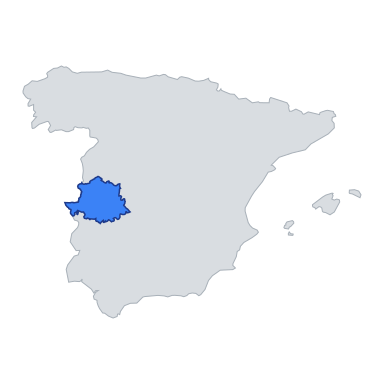 Cáceres on a map of Spain (Mercator projection)
{"feature_id": "ESP-5811", "entity_name": "Cáceres", "entity_type": "Autonomous Community", "adm_level": 1, "iso_a3": "ESP", "parent_name": "Spain", "parent_adm1": "", "projection": "mercator", "projection_center": [-6.162, 39.756], "detail": "fine", "context": "in_parent", "style": "filled", "palette": "blue", "viewbox_px": 384, "rotation_deg": 0, "n_neighbors": 0, "source": "natural_earth", "source_scale": "10m", "svg_char_len": 7965}
<svg xmlns="http://www.w3.org/2000/svg" viewBox="0 0 384 384"><path d="M208.6,78.3L208.6,79.5L210.6,81.7L216.7,83.1L218.2,84.0L217.9,87.1L216.4,89.8L217.7,91.0L219.2,91.0L220.9,88.8L221.3,90.2L224.0,91.5L230.1,94.0L234.3,94.3L238.7,99.1L245.9,98.2L252.3,102.8L258.4,101.8L259.7,102.7L269.1,102.8L269.6,99.0L270.7,97.5L287.0,102.8L289.0,106.0L288.6,107.6L289.5,111.3L291.6,111.2L295.9,109.1L301.4,111.7L302.9,114.0L304.0,114.2L308.2,111.9L319.5,114.6L319.9,112.8L320.7,112.3L325.5,110.7L327.4,110.3L333.4,111.5L334.1,113.7L335.3,114.5L335.8,116.3L332.3,117.4L331.9,120.6L334.1,123.3L334.3,127.9L328.3,133.9L311.0,143.9L305.3,149.8L292.4,152.9L279.1,157.3L271.2,165.2L273.2,165.8L275.6,168.5L274.8,169.7L271.3,171.5L268.2,172.1L262.4,181.7L254.4,191.7L251.5,196.2L245.2,207.7L245.1,211.1L248.2,222.5L250.0,225.5L252.5,228.0L257.2,230.1L258.4,232.2L256.8,234.2L252.0,237.7L243.8,242.5L240.4,246.3L239.6,249.9L237.2,251.5L236.3,256.6L233.0,263.6L232.8,265.4L235.4,268.0L232.8,269.6L220.2,270.2L212.4,275.7L208.5,280.5L205.0,289.5L200.7,294.7L198.8,295.7L195.9,293.4L192.2,293.0L188.6,293.8L186.8,295.6L183.8,296.7L181.0,295.8L174.8,295.3L172.1,295.4L167.8,296.9L164.1,295.9L157.9,295.4L144.5,296.6L142.8,297.1L136.8,303.1L130.3,303.3L124.4,305.7L120.4,311.5L119.7,314.6L118.5,313.9L117.6,314.1L117.1,316.5L113.1,318.0L108.5,316.1L104.7,313.2L102.7,313.0L99.5,308.5L98.1,305.6L97.1,302.5L97.0,300.3L94.1,299.1L93.4,296.2L95.5,292.5L98.3,290.5L95.7,290.6L93.8,293.0L91.4,289.2L81.7,281.7L82.2,279.0L80.5,281.1L79.4,281.6L74.4,281.2L68.7,282.2L66.2,269.4L67.7,264.9L74.2,256.1L78.2,254.9L79.8,250.4L76.1,250.6L70.2,241.8L71.8,233.6L77.6,227.5L78.6,224.9L78.8,222.7L77.7,221.0L74.5,220.1L71.2,213.6L70.4,209.5L67.7,207.2L65.4,203.1L67.5,202.5L75.9,202.5L77.9,201.4L79.4,198.7L81.0,194.2L81.4,191.4L78.1,187.5L78.0,186.7L78.4,185.4L83.5,181.0L82.5,177.7L83.3,170.8L82.9,166.7L82.3,163.4L80.6,159.1L81.7,157.3L84.4,155.8L86.5,152.3L89.6,149.3L93.7,146.9L98.4,141.7L97.7,139.4L96.0,138.0L90.2,137.0L89.8,136.0L89.8,130.3L88.3,128.0L86.2,128.3L83.0,127.3L82.1,127.9L78.0,127.7L75.1,126.7L73.9,127.6L73.6,129.6L68.7,131.6L66.0,131.6L61.5,129.8L56.4,130.4L55.8,130.0L51.5,132.3L50.1,132.4L48.2,129.6L50.6,125.5L48.5,121.6L47.2,121.4L39.1,124.3L34.5,128.0L32.6,128.5L32.0,127.8L31.7,122.5L36.6,116.8L33.5,116.5L33.7,114.8L35.6,112.2L33.6,110.2L33.6,104.5L29.2,106.3L28.1,106.0L28.0,103.7L30.7,99.1L27.9,98.6L25.7,96.8L23.1,93.0L23.0,91.0L24.5,86.3L28.3,84.1L32.1,80.8L37.3,81.4L45.0,78.7L47.6,77.2L47.6,75.2L46.7,73.8L47.5,72.4L53.7,68.4L57.5,68.0L61.4,66.0L64.0,67.3L66.2,66.9L68.8,68.4L72.3,71.9L77.3,73.3L81.3,72.2L101.7,71.9L107.6,70.1L112.1,72.3L120.8,73.3L126.0,75.1L140.6,78.0L145.8,78.0L156.4,75.1L159.2,75.9L163.5,74.4L165.5,74.7L168.1,76.8L177.4,79.5L179.8,77.2L181.7,76.7L188.3,78.1L195.1,81.0L198.6,81.2L203.7,80.4L208.6,78.3ZM331.8,199.0L334.2,200.1L336.7,199.1L338.0,199.4L339.4,199.9L339.7,202.0L334.3,212.0L330.0,214.8L325.7,212.6L323.2,212.1L322.4,211.3L321.8,208.0L320.7,207.0L319.0,206.6L315.7,209.1L314.7,207.4L313.1,207.1L312.5,206.0L312.5,204.7L322.8,196.9L325.8,195.1L332.1,193.1L333.1,193.4L332.3,194.6L333.1,195.7L331.8,199.0ZM361.0,194.8L360.0,197.7L352.3,193.9L349.8,193.5L349.2,192.9L349.4,190.1L354.6,189.7L358.7,191.1L361.0,194.8ZM289.4,227.1L288.5,229.0L284.7,228.4L283.9,227.6L284.7,225.3L285.8,225.1L285.8,223.5L287.0,221.9L292.4,220.6L293.6,221.7L293.8,223.2L290.6,226.6L289.4,227.1ZM293.1,235.0L292.5,235.4L288.4,235.0L288.3,233.7L289.2,231.9L290.7,233.7L293.1,234.0L293.1,235.0Z" fill="#d9dde1" stroke="#a8b0b8" stroke-width="1"/><path d="M72.5,215.8L71.3,214.2L70.8,213.9L70.6,213.5L70.5,212.8L70.5,212.1L70.6,211.6L70.8,211.2L71.0,210.4L71.0,209.7L70.8,209.4L69.7,209.1L69.2,208.9L68.8,208.6L68.6,207.9L68.4,207.6L67.5,207.1L67.1,206.7L66.4,205.8L65.9,205.3L65.1,203.1L64.9,202.6L70.3,202.8L70.6,202.7L71.0,202.5L71.5,202.4L72.5,202.5L72.9,202.3L73.5,202.7L74.2,202.7L77.9,202.2L78.3,202.1L78.6,201.4L78.5,201.2L78.5,200.9L78.5,200.6L78.6,200.3L78.9,199.8L79.0,199.5L78.9,199.2L78.8,198.9L78.8,198.6L79.0,198.1L79.7,197.7L80.0,197.6L80.6,196.6L80.7,196.3L80.7,195.8L80.7,195.5L80.7,195.3L80.7,195.0L80.7,194.8L80.7,194.7L81.0,194.5L81.0,194.4L81.2,193.6L81.3,193.3L81.2,192.9L81.4,192.6L81.8,191.9L80.8,190.0L80.2,189.3L79.9,188.8L79.6,188.6L79.4,188.5L78.7,188.4L78.4,188.3L78.1,187.8L77.9,186.7L77.7,186.2L77.9,185.9L78.2,185.1L78.4,184.8L78.8,184.6L79.9,183.9L80.2,183.8L80.4,183.8L80.9,183.9L81.4,183.8L81.8,183.5L81.9,183.3L81.9,183.0L82.2,183.3L82.7,183.8L82.9,184.0L83.2,184.1L83.4,184.2L83.7,184.2L83.9,184.1L84.1,184.0L84.3,184.1L84.8,184.2L85.6,183.7L85.8,183.7L86.3,184.0L86.6,184.0L86.8,183.9L87.1,183.7L87.4,183.6L89.1,183.3L89.5,183.1L89.9,182.8L89.9,182.6L89.9,182.3L89.8,181.9L89.8,181.7L90.1,181.3L90.9,180.7L91.1,180.5L91.6,180.3L91.8,180.2L92.7,179.9L93.2,179.3L93.4,179.2L93.7,179.1L94.4,178.9L94.7,178.8L94.8,178.5L94.9,178.3L95.0,178.1L95.2,177.9L95.4,177.7L95.7,177.6L96.1,177.5L96.4,177.4L96.7,177.3L97.6,176.6L97.8,176.5L98.1,176.5L98.6,176.6L99.4,177.1L99.7,177.3L100.1,177.7L100.3,177.9L100.8,178.0L100.8,178.4L101.0,178.6L101.3,178.7L101.9,178.9L102.0,179.1L101.9,179.5L101.7,179.9L101.6,180.0L101.5,180.4L101.3,180.5L101.7,180.8L102.6,181.1L103.2,181.5L103.5,181.7L103.7,182.0L104.0,182.3L104.9,182.7L105.6,183.0L105.9,183.0L106.1,182.9L106.3,182.7L106.5,182.2L106.7,181.8L106.8,181.7L107.0,181.6L107.9,181.3L108.4,181.0L108.6,181.0L108.8,181.0L109.1,181.3L109.2,181.6L109.2,181.9L109.1,182.1L108.9,182.5L109.0,182.7L109.1,182.8L109.7,182.9L110.5,182.6L111.5,183.0L112.2,183.5L113.0,184.2L113.6,185.0L114.3,185.4L115.2,185.7L116.2,185.7L116.3,185.7L116.5,185.6L117.1,185.2L117.2,184.9L118.1,184.2L119.4,183.9L119.8,183.8L119.9,184.0L119.7,184.8L119.6,185.1L119.6,185.3L119.7,186.8L119.8,187.2L120.0,187.4L120.1,187.7L120.5,188.4L119.7,188.7L119.7,188.8L119.6,189.1L119.4,189.9L119.4,190.3L119.5,190.6L119.3,192.3L118.9,194.7L118.9,195.6L119.0,196.0L119.3,195.9L119.7,195.8L120.4,195.8L120.6,195.8L120.9,195.9L121.0,196.1L121.2,196.3L121.3,196.5L121.5,196.7L121.5,196.9L121.4,197.1L121.1,197.5L121.0,197.8L120.9,198.2L120.9,198.5L120.8,198.9L120.8,199.6L120.8,199.9L121.0,200.0L121.8,200.2L122.2,200.2L122.3,200.2L122.5,200.0L122.7,199.6L123.0,199.3L123.5,198.9L124.1,198.8L124.3,198.8L124.5,198.9L124.6,199.1L124.7,199.6L124.7,199.9L124.5,200.4L124.6,200.6L125.0,201.0L125.2,201.5L125.0,202.0L124.9,202.4L124.9,203.1L124.8,203.3L124.7,203.5L124.4,204.1L124.3,204.4L124.1,204.6L124.0,204.8L123.7,205.1L123.7,205.3L123.8,205.5L124.1,205.9L124.5,206.1L124.7,206.3L125.6,207.5L126.1,208.1L126.5,208.4L126.7,208.6L127.1,208.8L127.5,209.0L128.1,209.7L128.8,210.5L129.1,210.9L129.4,211.3L129.5,211.4L129.8,211.6L130.1,211.9L128.9,212.5L127.2,212.8L126.6,211.9L126.2,211.7L125.8,212.0L125.8,212.3L125.8,213.0L125.7,213.3L125.6,213.6L125.2,214.0L124.2,214.5L122.5,214.5L120.7,213.9L120.2,214.1L120.0,214.8L119.8,216.0L120.0,216.6L120.0,216.9L120.0,217.1L119.4,218.2L118.8,219.0L118.4,219.2L117.6,219.4L117.0,219.0L115.8,217.8L115.2,217.6L114.5,217.8L113.4,218.4L113.5,218.5L114.3,219.7L114.3,220.1L114.0,220.7L113.7,221.1L113.3,221.2L112.6,221.2L111.5,221.8L109.5,220.1L108.5,219.8L108.0,220.6L107.3,221.2L105.6,221.8L105.2,221.0L104.1,222.4L103.7,222.4L103.4,222.3L103.2,220.4L101.5,221.8L100.2,223.5L99.5,222.6L99.4,222.5L98.8,222.6L98.6,222.5L98.4,222.3L98.0,221.6L97.5,221.3L96.4,221.3L95.9,220.8L95.8,220.3L95.8,218.5L94.5,219.2L90.5,218.9L90.4,219.1L90.1,219.5L89.9,219.5L89.6,219.5L89.5,219.4L89.4,219.3L89.4,219.1L89.3,218.8L89.3,218.7L89.1,218.6L87.3,218.1L86.7,218.8L84.5,218.3L84.3,218.1L83.8,216.8L84.7,215.5L85.0,214.7L84.8,213.9L84.3,213.5L83.8,212.3L83.4,212.0L82.9,212.0L82.0,212.2L81.6,212.1L77.6,210.4L77.1,211.1L77.9,211.6L78.1,211.8L78.2,212.0L78.3,212.2L78.2,212.5L77.8,214.2L77.7,214.3L77.5,214.5L77.0,214.3L76.8,213.7L77.0,212.2L76.4,212.1L75.8,212.2L74.8,212.9L74.7,212.9L74.6,213.3L74.6,213.7L74.9,214.0L74.9,214.4L73.7,215.9L72.5,215.8Z" fill="#3b82f6" stroke="#1e3a8a" stroke-width="1.5"/></svg>